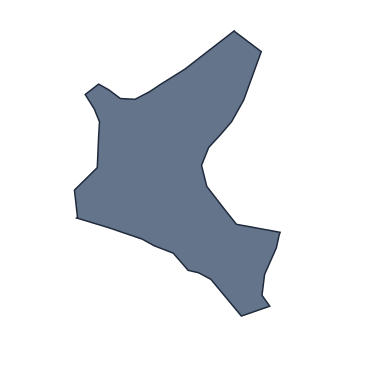 Seongbuk-gu, Seoul, South Korea, rotated 68°
{"feature_id": "91817680B19736947579274", "entity_name": "Seongbuk-gu", "entity_type": "district", "adm_level": 2, "iso_a3": "KOR", "parent_name": "South Korea", "parent_adm1": "Seoul", "projection": "robinson", "projection_center": [127.018, 37.597], "detail": "fine", "context": "isolated", "style": "filled", "palette": "slate", "viewbox_px": 384, "rotation_deg": 68, "n_neighbors": 0, "source": "geoboundaries", "source_scale": "gbopen_adm2", "svg_char_len": 644}
<svg xmlns="http://www.w3.org/2000/svg" viewBox="0 0 384 384"><g transform="rotate(68 192 192)"><path d="M59.6,92.1L58.4,92.5L75.4,152.5L80.1,179.1L83.1,193.9L84.7,210.1L78.5,223.4L66.2,230.8L57.0,238.2L61.6,254.5L78.5,251.5L92.4,251.5L104.7,257.4L133.9,270.7L146.2,300.3L172.4,307.6L172.8,308.8L194.0,282.5L217.0,255.9L227.8,247.1L241.7,232.3L263.2,224.9L269.4,216.1L280.1,207.2L325.5,192.7L327.0,162.7L314.0,165.8L295.5,155.5L275.5,134.8L264.7,127.4L262.4,125.4L238.6,162.9L218.6,168.8L192.4,176.2L170.9,173.2L157.0,159.9L149.3,143.7L141.6,128.9L126.2,109.7L87.8,75.2L59.6,92.1Z" fill="#64748b" stroke="#1e293b" stroke-width="1.5"/></g></svg>